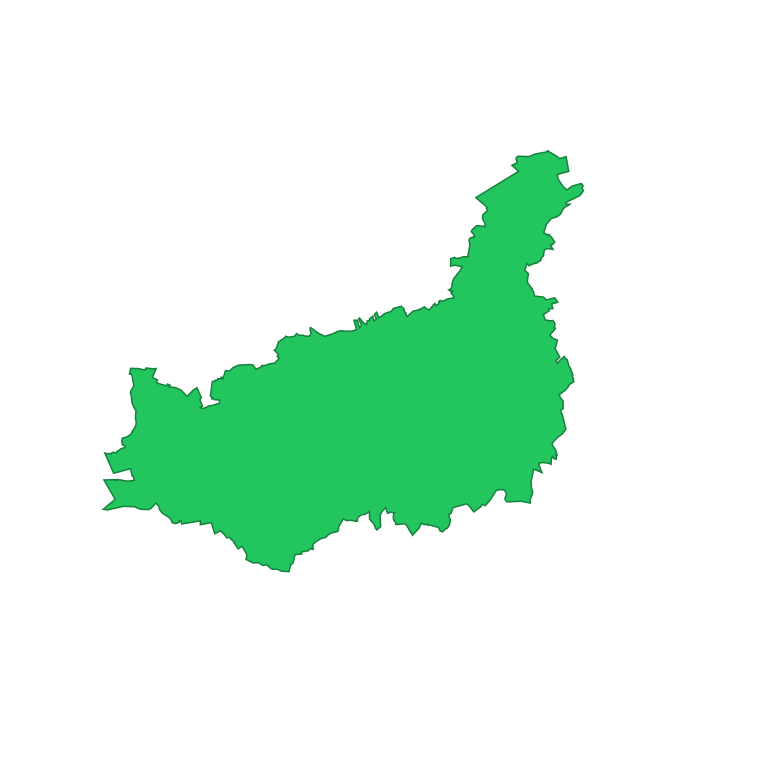 the district of Chinú, Córdoba, Colombia, rotated 136°
{"feature_id": "7082276B5619967708975", "entity_name": "Chinú", "entity_type": "district", "adm_level": 2, "iso_a3": "COL", "parent_name": "Colombia", "parent_adm1": "Córdoba", "projection": "albers", "projection_center": [-75.355, 9.022], "detail": "fine", "context": "isolated", "style": "filled", "palette": "green", "viewbox_px": 768, "rotation_deg": 136, "n_neighbors": 0, "source": "geoboundaries", "source_scale": "gbopen_adm2", "svg_char_len": 6170}
<svg xmlns="http://www.w3.org/2000/svg" viewBox="0 0 768 768"><g transform="rotate(136 384 384)"><path d="M582.6,315.0L577.4,318.5L573.5,318.6L566.6,323.1L561.3,318.9L559.3,320.6L558.1,319.0L556.0,318.0L554.8,316.7L551.1,316.6L550.3,314.5L549.2,314.5L549.3,316.2L547.7,316.4L547.6,317.3L546.0,318.1L539.1,317.3L535.7,316.1L532.6,314.2L528.8,314.2L525.5,313.5L519.9,310.1L518.0,310.8L515.8,312.8L507.0,315.3L505.9,311.8L502.5,309.0L498.9,303.9L498.4,303.7L496.6,305.8L493.1,306.0L491.1,305.5L488.0,303.3L483.1,302.4L488.2,296.9L488.6,290.2L490.4,285.9L490.5,284.0L485.5,283.6L478.3,292.0L474.4,293.6L468.7,294.0L471.3,288.6L467.7,286.7L466.0,283.9L467.4,283.8L470.1,281.5L471.5,279.5L472.0,276.0L473.1,274.6L466.1,268.9L466.0,266.1L467.9,258.8L467.5,258.4L468.6,255.4L458.5,256.0L454.1,258.0L452.6,254.5L451.6,254.4L450.5,251.8L449.5,252.2L449.4,251.2L444.7,243.4L444.7,241.6L445.7,239.6L444.6,236.9L440.5,237.1L439.0,236.4L435.3,236.9L431.0,239.8L428.3,245.2L426.4,244.3L425.3,244.5L420.3,247.1L407.8,240.4L407.4,237.0L408.3,229.7L399.6,228.4L397.1,229.3L395.6,226.2L389.5,226.6L376.7,229.5L375.2,227.9L373.6,227.8L372.6,225.5L371.1,224.9L371.2,223.4L372.2,219.7L376.5,217.7L377.3,216.3L377.5,213.8L366.9,204.5L361.5,196.7L359.3,199.3L354.4,201.3L351.6,203.5L350.4,206.4L345.8,211.8L335.4,218.8L331.9,210.5L329.2,217.3L327.6,219.2L324.7,217.6L320.4,212.3L319.6,210.2L315.6,213.9L313.4,215.0L313.6,211.9L311.8,209.8L312.1,210.5L310.2,212.4L310.5,212.9L309.7,213.4L309.2,212.5L308.3,213.4L306.1,218.1L305.5,222.6L304.6,224.1L302.0,224.8L295.9,225.0L290.0,224.2L284.6,225.1L277.6,237.0L275.4,242.4L272.4,241.8L267.1,247.2L266.5,251.7L265.5,254.6L258.1,253.6L253.3,254.0L251.3,254.9L245.9,253.7L244.8,256.3L244.0,256.1L243.0,259.2L241.9,259.2L239.0,265.7L238.4,268.7L235.3,274.2L235.8,276.4L235.1,278.5L240.1,278.9L244.8,278.4L244.1,281.3L238.9,281.2L236.2,290.8L233.8,291.8L228.7,295.2L230.9,299.5L230.5,304.2L223.2,304.6L221.9,305.2L222.6,306.4L220.1,307.6L219.0,309.0L218.3,312.4L220.1,313.5L223.5,318.0L221.1,323.2L214.1,321.8L213.9,323.2L213.1,323.7L210.2,320.9L207.7,325.2L202.4,322.1L201.9,323.4L201.3,327.4L208.8,331.7L208.9,335.7L214.7,342.8L212.9,345.4L211.7,349.3L211.0,349.8L211.3,351.7L210.2,357.4L206.9,360.7L203.8,362.5L203.4,364.6L203.9,367.8L197.5,371.4L197.6,368.4L191.2,365.9L190.8,365.1L185.5,364.0L182.8,365.6L180.3,365.3L176.4,368.5L174.4,368.9L172.5,368.0L168.9,363.4L167.9,368.5L166.0,367.2L162.8,367.4L162.4,368.9L161.3,373.6L162.2,376.0L161.4,376.3L161.6,377.1L162.5,376.8L164.0,381.9L156.1,386.1L148.5,386.8L143.6,384.2L141.2,383.8L138.7,383.7L133.3,385.6L129.2,385.3L128.3,384.6L125.4,384.3L127.8,386.5L127.8,387.8L126.2,388.0L112.3,383.5L106.2,384.5L105.6,387.2L103.1,388.2L102.8,391.2L111.2,395.7L117.6,396.5L118.0,401.4L116.5,410.3L113.8,414.4L103.4,408.6L95.1,421.1L101.2,424.1L101.2,426.4L104.3,438.2L106.1,438.2L115.5,444.4L121.9,447.0L129.5,454.9L132.3,454.7L134.4,450.6L140.1,452.5L139.5,443.5L188.4,454.3L187.1,439.3L188.2,439.3L189.5,436.9L195.4,437.0L196.7,436.0L198.2,434.6L199.8,429.6L201.7,426.9L207.3,433.6L213.8,433.7L215.4,432.9L215.5,429.0L217.1,426.8L218.3,427.5L218.0,428.0L220.5,429.2L222.9,428.5L225.5,424.4L234.2,418.3L235.0,417.0L238.7,420.6L241.9,421.9L245.0,424.3L245.2,426.0L248.9,427.8L254.2,422.5L250.2,420.0L246.3,413.8L251.8,412.5L260.2,411.5L265.4,409.0L267.7,406.6L270.6,406.2L272.1,406.8L271.5,403.8L270.6,403.9L270.0,402.9L272.6,402.7L273.0,398.2L274.0,398.3L274.3,397.5L278.3,400.5L281.1,401.9L282.3,401.7L285.8,404.3L285.6,405.2L287.5,405.2L288.0,403.5L292.0,404.4L291.6,406.8L300.2,405.8L301.2,408.8L301.3,411.5L306.5,412.6L306.4,413.2L307.9,413.4L312.5,416.3L320.2,416.3L319.9,419.4L319.0,419.3L318.9,422.3L317.5,423.9L317.6,427.9L324.6,431.8L328.5,431.3L334.8,434.3L339.0,434.6L341.6,435.4L339.5,440.8L342.6,440.7L344.6,435.9L347.4,436.3L345.0,440.6L349.1,440.9L350.5,439.8L352.1,441.0L355.2,438.9L356.3,442.2L355.8,448.5L357.4,448.3L359.1,442.0L362.4,441.5L359.1,448.4L360.9,450.6L361.3,450.7L365.9,442.3L368.6,443.4L371.2,445.1L376.1,449.8L377.6,452.1L381.3,454.2L386.4,455.9L393.5,459.5L396.1,466.8L397.3,474.7L397.9,475.8L400.0,473.8L401.0,471.1L404.5,470.2L407.7,473.6L408.4,475.5L410.9,477.4L412.0,481.1L414.4,480.5L415.6,480.8L420.0,483.8L421.6,486.7L423.0,486.3L430.7,487.6L436.4,484.6L438.2,484.1L439.4,484.5L439.4,478.2L441.6,478.2L441.7,475.2L448.2,475.0L452.3,478.0L456.1,479.6L458.1,481.0L458.7,482.1L460.9,481.7L465.8,483.6L465.1,488.6L465.4,489.2L466.9,491.1L475.5,498.6L481.4,500.7L486.1,500.5L488.6,503.8L496.3,499.6L496.6,500.2L495.7,501.1L496.4,502.0L497.3,500.8L499.9,503.2L501.2,502.4L502.9,504.0L503.6,503.4L505.8,505.0L517.3,495.9L517.1,493.8L517.8,493.3L517.0,492.9L517.7,492.5L516.8,492.1L517.0,490.6L513.8,487.2L514.1,485.9L515.5,484.5L524.4,488.9L524.3,489.5L531.0,491.9L532.6,494.6L529.8,494.2L527.5,500.5L524.9,501.0L521.2,511.2L525.0,512.1L534.2,511.8L534.2,520.3L536.1,525.6L540.6,531.4L538.7,531.6L539.8,534.3L541.6,533.7L546.1,541.4L546.1,543.5L544.1,544.3L546.1,549.6L537.1,553.4L539.3,555.0L544.0,560.8L546.5,560.2L550.0,565.8L555.4,571.3L560.2,567.9L558.8,565.9L565.1,556.5L571.3,554.7L572.5,553.8L574.3,550.6L578.0,546.2L580.1,541.1L581.0,537.0L586.4,532.3L589.2,528.1L592.1,526.3L598.7,524.5L598.5,524.1L601.8,523.8L605.9,524.6L609.9,526.8L612.3,525.1L614.3,522.1L613.5,519.6L614.5,518.3L618.8,520.3L620.2,520.2L622.1,521.0L624.9,520.5L625.7,522.5L627.0,523.6L629.1,523.2L629.7,524.7L631.4,526.0L632.8,528.3L640.5,507.6L625.2,499.1L629.0,492.8L628.3,492.3L630.6,488.2L636.1,492.3L640.6,498.6L643.1,500.5L642.3,500.5L652.1,509.5L657.5,487.8L672.9,488.9L670.6,485.6L656.6,477.1L648.7,469.1L646.3,463.2L640.7,457.2L637.9,456.3L630.8,456.9L630.9,452.5L632.7,449.6L633.2,445.3L631.0,435.7L632.7,431.4L631.0,428.4L627.1,426.7L626.3,427.9L624.9,427.0L626.7,423.8L611.6,413.4L611.1,413.0L613.9,410.4L604.5,404.2L609.7,393.9L605.5,392.5L603.8,392.6L603.4,386.6L604.0,382.6L601.7,380.9L601.4,378.6L601.9,378.6L601.5,373.9L602.1,373.9L603.5,366.8L598.8,365.8L601.2,356.3L605.1,353.7L602.5,346.1L598.5,342.8L597.2,337.7L593.3,334.7L594.1,333.0L593.3,331.9L593.7,330.5L593.0,328.3L589.2,324.5L587.7,320.4L582.6,315.0Z" fill="#22c55e" stroke="#15803d" stroke-width="1.5"/></g></svg>